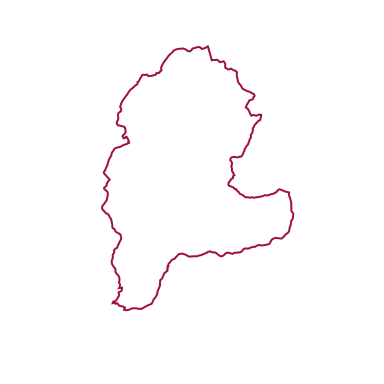 the district of Pietroasa, Timis, Romania, rotated 28°
{"feature_id": "2599482B40704425505074", "entity_name": "Pietroasa", "entity_type": "district", "adm_level": 2, "iso_a3": "ROU", "parent_name": "Romania", "parent_adm1": "Timis", "projection": "albers", "projection_center": [22.44, 45.772], "detail": "fine", "context": "isolated", "style": "outline", "palette": "rose", "viewbox_px": 384, "rotation_deg": 28, "n_neighbors": 0, "source": "geoboundaries", "source_scale": "gbopen_adm2", "svg_char_len": 6020}
<svg xmlns="http://www.w3.org/2000/svg" viewBox="0 0 384 384"><g transform="rotate(28 192 192)"><path d="M204.9,314.8L206.8,312.0L208.8,309.8L208.8,308.1L208.6,304.5L209.2,301.9L209.3,299.9L209.0,298.3L208.2,295.5L207.7,289.9L207.6,289.3L206.8,288.4L206.7,287.6L205.3,284.8L206.0,283.1L206.2,282.3L205.7,276.8L206.0,275.9L206.5,275.4L206.4,274.9L207.2,273.5L207.2,272.9L207.0,272.1L206.5,271.9L206.3,271.6L206.3,270.4L205.4,269.6L205.4,269.0L205.9,268.4L205.2,267.5L205.0,266.9L205.3,265.4L205.7,264.1L205.8,262.2L206.8,260.3L207.8,259.5L209.4,253.4L210.0,252.6L212.6,250.9L215.9,250.3L217.8,250.5L220.5,250.2L221.6,249.2L226.7,246.3L228.3,244.5L229.7,243.5L233.6,238.5L234.4,237.1L236.2,235.8L239.0,235.6L240.2,234.7L241.2,234.5L246.6,235.4L248.6,234.8L249.7,233.0L250.5,230.4L251.1,229.6L252.5,228.5L256.8,227.6L257.3,227.1L257.5,226.3L258.1,225.7L259.8,224.8L261.0,223.7L262.7,222.8L263.3,222.0L264.1,219.8L264.5,217.7L264.9,217.3L268.7,215.2L269.6,213.9L271.9,211.6L273.5,210.7L274.4,209.0L275.7,207.7L277.1,206.9L278.0,206.7L279.6,205.9L283.5,202.8L284.8,201.1L284.8,198.7L284.7,198.3L284.7,197.1L285.3,195.5L286.6,194.0L287.7,193.1L292.5,191.3L293.3,190.6L293.4,190.4L293.5,189.3L293.9,188.8L294.6,185.5L295.8,183.1L296.2,181.2L294.8,177.2L294.9,176.2L294.4,174.0L293.2,171.2L293.5,168.1L291.6,163.6L288.6,162.0L284.4,154.5L281.8,151.7L278.9,149.1L278.5,148.5L278.0,146.8L273.3,148.0L271.2,148.0L267.7,148.7L266.8,150.5L266.5,153.0L265.5,153.5L265.4,154.0L264.6,155.5L263.0,156.6L260.4,159.6L257.9,160.5L257.4,161.1L256.6,162.3L253.2,165.2L251.9,166.0L249.3,168.1L247.6,168.4L245.6,169.9L244.0,170.4L242.1,171.4L240.9,171.5L238.6,170.9L234.8,171.1L233.7,170.2L232.1,170.0L230.8,169.4L230.4,169.4L229.5,168.7L228.7,169.3L228.2,169.3L227.5,168.8L227.0,168.9L226.1,168.5L221.8,169.1L221.3,168.9L220.7,168.3L219.9,166.4L220.3,164.9L220.6,164.5L220.4,163.5L220.6,161.9L221.6,160.9L221.3,159.7L220.8,159.1L220.8,158.7L221.2,158.2L221.6,157.2L219.9,156.3L218.9,155.4L217.9,155.1L217.2,154.4L216.6,153.0L215.8,152.0L214.6,150.9L214.4,149.0L213.9,147.9L212.6,146.6L210.8,145.9L210.4,144.8L210.6,143.0L211.5,142.1L212.9,141.1L216.0,140.1L216.6,139.6L217.4,138.4L218.7,137.8L219.0,137.2L218.9,136.3L219.2,134.9L218.8,132.4L218.9,131.4L218.9,130.5L218.3,129.7L218.7,126.0L218.6,125.4L219.0,124.7L219.1,123.9L218.7,120.6L218.2,118.3L218.5,116.5L218.1,115.6L217.3,114.5L217.1,113.5L217.4,112.5L217.4,111.0L216.6,108.4L215.9,107.7L215.8,107.3L216.0,105.7L215.9,104.5L216.0,102.6L216.4,102.0L216.5,100.5L217.0,99.6L216.9,99.2L217.3,98.0L217.9,97.1L218.2,96.9L218.4,96.3L217.5,93.4L217.5,92.7L216.8,91.4L215.0,92.0L213.3,94.2L212.1,94.7L209.9,95.2L209.2,96.0L208.8,96.6L208.4,96.8L205.8,95.0L204.6,93.8L202.2,92.4L199.8,92.2L199.5,89.1L199.7,85.7L199.5,84.5L201.9,81.9L202.2,81.3L201.7,79.6L202.1,78.5L202.2,77.8L201.9,77.3L201.7,77.1L199.9,76.4L199.1,76.7L196.6,76.4L193.3,77.0L189.1,77.1L187.2,76.6L185.0,74.9L183.1,74.4L180.5,72.8L180.1,72.0L177.2,68.6L175.8,66.3L175.6,65.3L174.1,64.6L173.2,64.6L171.9,65.0L168.6,64.7L168.3,64.9L167.6,66.1L166.8,66.6L165.6,66.8L164.8,66.5L163.4,66.8L162.9,66.5L161.9,64.8L161.8,64.3L161.0,63.1L159.2,62.0L158.6,61.8L156.8,63.3L156.0,64.2L155.6,64.3L153.4,63.6L152.0,63.5L151.4,63.8L150.3,64.8L148.7,65.5L147.6,66.4L141.2,59.6L140.9,59.5L140.5,58.8L137.6,56.0L136.3,58.3L133.6,61.1L131.4,60.5L129.9,60.8L129.1,61.3L125.2,65.1L125.0,65.9L124.8,67.5L124.4,68.4L123.4,69.1L122.1,69.5L119.5,69.1L116.7,69.5L112.4,72.3L110.7,74.0L109.4,75.8L108.9,78.5L108.0,80.4L108.0,81.0L107.5,82.1L107.3,83.1L107.1,85.4L106.5,88.0L106.5,88.8L106.1,91.2L106.2,92.4L106.0,93.4L106.2,95.1L106.1,95.6L106.6,96.8L106.6,97.4L108.0,98.8L107.8,99.9L107.1,100.7L107.3,101.1L107.1,102.2L106.5,102.8L105.6,103.0L105.1,103.4L104.7,104.1L105.0,105.1L104.9,105.4L102.4,107.9L99.8,109.7L99.0,109.8L98.7,110.1L97.1,109.5L95.4,110.8L93.6,111.5L93.2,112.0L93.0,113.0L93.2,114.2L92.9,115.9L93.0,116.6L93.0,118.0L93.2,118.7L93.0,119.5L92.3,120.4L92.9,121.7L93.0,122.9L92.0,124.5L90.2,129.6L89.6,130.5L89.1,134.1L89.0,136.7L88.6,138.4L87.8,144.6L87.9,145.7L87.8,146.8L88.3,148.4L88.4,150.4L90.2,151.6L91.4,153.5L91.3,154.1L90.2,156.3L90.0,157.3L90.4,158.6L92.4,161.6L92.9,163.6L92.6,165.1L93.4,166.8L95.1,167.9L98.0,167.0L101.5,166.3L102.5,166.6L103.1,167.4L103.7,167.7L104.2,168.8L105.3,170.2L105.2,172.3L104.9,173.6L104.5,174.1L104.5,175.2L104.6,175.7L106.7,176.7L107.9,175.2L107.6,174.7L108.2,174.0L109.6,174.6L111.3,175.9L112.7,177.4L112.2,177.9L112.4,178.3L112.9,178.1L112.8,177.9L113.0,177.7L113.4,178.0L111.5,180.7L109.8,182.2L107.1,186.2L103.8,189.0L103.4,189.7L102.8,195.3L103.6,197.6L103.4,202.4L103.8,203.6L103.9,204.9L104.4,206.7L104.7,209.4L104.8,211.6L105.1,213.1L104.9,215.2L105.1,216.4L105.8,216.9L113.5,219.7L113.5,220.3L113.0,221.8L112.9,223.8L113.0,225.2L113.6,226.3L113.3,227.6L112.6,229.0L112.5,229.9L112.7,230.2L113.1,230.5L117.1,231.5L118.5,232.8L119.9,236.8L119.9,237.7L120.6,238.8L120.0,243.7L119.5,245.9L119.8,247.8L120.3,248.6L120.9,249.2L125.7,251.1L126.3,251.2L127.5,250.9L129.5,251.5L131.3,253.0L133.2,253.7L136.9,258.3L138.4,260.7L139.1,261.1L141.2,261.2L142.2,262.3L144.0,263.0L146.3,262.9L148.8,263.2L149.1,263.3L149.6,264.2L150.9,265.5L151.3,266.3L151.6,267.4L151.5,270.0L151.7,271.8L151.6,273.7L152.0,275.6L152.0,276.5L151.3,277.5L150.7,279.1L150.5,280.3L151.7,281.6L151.6,285.0L152.9,287.0L153.3,289.7L154.0,291.7L155.3,293.2L156.1,293.7L158.2,294.9L160.4,295.9L161.3,297.0L161.6,298.1L162.1,298.7L167.4,301.0L169.0,303.2L169.6,304.5L169.7,305.3L169.9,305.8L170.6,306.6L172.1,307.7L172.4,308.4L172.7,309.8L172.7,311.1L175.2,309.3L175.6,310.1L176.1,311.8L176.1,312.5L175.6,313.4L174.4,314.7L174.4,315.2L174.5,315.5L175.9,316.9L176.2,317.8L175.9,323.8L175.5,324.8L174.4,325.1L174.1,325.4L173.9,326.4L174.1,327.3L174.7,326.7L176.9,326.5L177.8,326.0L178.2,325.3L181.2,326.6L185.2,325.5L186.9,325.5L187.2,325.7L187.1,327.3L187.4,328.0L189.6,327.2L191.9,325.4L192.5,324.2L194.2,322.6L197.0,321.0L199.7,320.2L201.8,319.2L202.6,318.5L204.9,314.8Z" fill="none" stroke="#9f1239" stroke-width="2"/></g></svg>